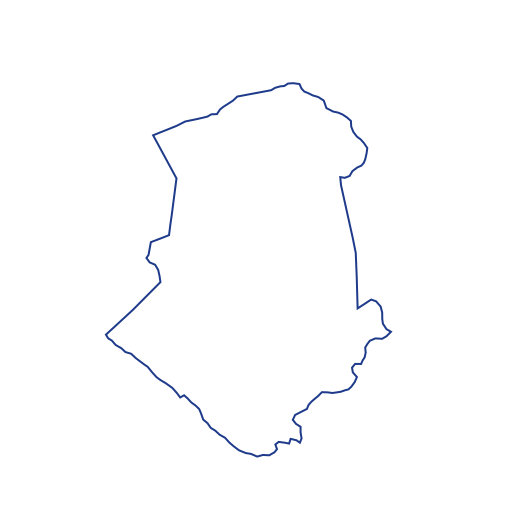 Catu, Bahia, Brazil (Natural Earth projection), rotated 307°
{"feature_id": "56859067B63538052754929", "entity_name": "Catu", "entity_type": "district", "adm_level": 2, "iso_a3": "BRA", "parent_name": "Brazil", "parent_adm1": "Bahia", "projection": "natural_earth1", "projection_center": [-38.421, -12.325], "detail": "fine", "context": "isolated", "style": "outline", "palette": "blue", "viewbox_px": 512, "rotation_deg": 307, "n_neighbors": 0, "source": "geoboundaries", "source_scale": "gbopen_adm2", "svg_char_len": 2068}
<svg xmlns="http://www.w3.org/2000/svg" viewBox="0 0 512 512"><g transform="rotate(307 256 256)"><path d="M102.9,183.5L101.3,187.4L101.7,191.8L100.5,197.4L101.3,204.1L100.7,209.5L102.8,215.2L102.1,221.4L102.1,227.3L102.1,231.9L102.3,236.2L100.7,242.6L99.4,249.3L99.4,254.1L100.1,260.5L100.3,268.5L99.0,275.1L97.4,280.6L101.5,282.4L101.1,287.1L100.1,292.4L100.2,297.6L99.6,302.7L97.1,307.0L93.6,312.3L93.3,317.9L91.5,323.3L92.0,328.6L91.4,334.5L92.2,340.7L91.0,346.9L90.6,352.5L90.6,359.4L92.5,366.5L94.9,371.0L96.5,377.6L101.3,381.3L104.8,386.5L110.4,388.9L114.4,389.0L117.1,384.9L121.2,386.0L124.4,391.7L126.1,395.3L130.8,393.7L133.2,399.2L133.3,403.4L137.7,402.2L141.9,397.8L146.4,394.4L146.0,389.0L147.3,384.0L152.6,382.9L159.0,386.0L164.5,388.7L168.8,387.6L172.8,387.9L176.6,388.7L181.7,389.9L186.9,390.6L190.1,395.1L192.6,399.5L195.3,402.2L198.6,405.4L202.2,407.8L205.1,410.1L209.0,410.8L214.8,410.7L220.1,409.4L221.3,403.4L224.6,399.9L229.5,400.1L233.0,404.9L236.8,404.0L240.4,403.8L244.9,401.7L248.6,398.3L252.5,397.9L256.8,397.9L262.1,401.0L265.7,406.5L270.4,408.5L276.7,409.4L276.1,404.2L278.3,398.1L281.5,394.9L286.8,390.8L290.6,386.0L292.1,379.2L290.5,374.2L275.3,368.7L299.7,349.2L318.5,333.8L328.8,322.2L360.2,285.4L363.7,281.3L369.7,275.8L371.9,279.9L376.3,282.6L381.8,281.9L387.6,283.6L391.7,285.8L395.5,286.0L399.3,284.9L404.8,282.4L409.2,279.9L411.1,274.4L412.1,269.4L412.1,264.7L413.6,259.2L416.6,254.2L421.0,250.5L421.4,245.3L421.1,239.8L419.9,235.2L417.8,230.7L416.5,223.2L420.9,216.6L420.4,209.9L418.4,204.7L417.5,199.7L416.4,195.7L417.1,191.6L419.5,187.2L416.4,181.7L413.0,177.8L408.8,176.3L406.1,173.3L401.9,170.1L397.5,168.3L372.1,145.1L366.2,144.1L360.8,142.1L355.4,140.1L351.4,139.1L345.8,139.4L342.3,135.1L338.1,133.3L334.4,130.3L329.2,125.9L324.9,122.1L320.8,118.5L312.4,114.4L290.5,101.2L277.3,130.1L270.1,145.8L238.1,164.0L229.2,168.9L220.3,174.0L214.0,170.1L203.8,163.7L192.2,169.5L188.5,169.7L186.9,174.9L188.3,180.7L186.0,186.3L181.7,191.3L177.6,195.4L138.4,190.0L102.9,183.5Z" fill="none" stroke="#1e3a8a" stroke-width="2"/></g></svg>